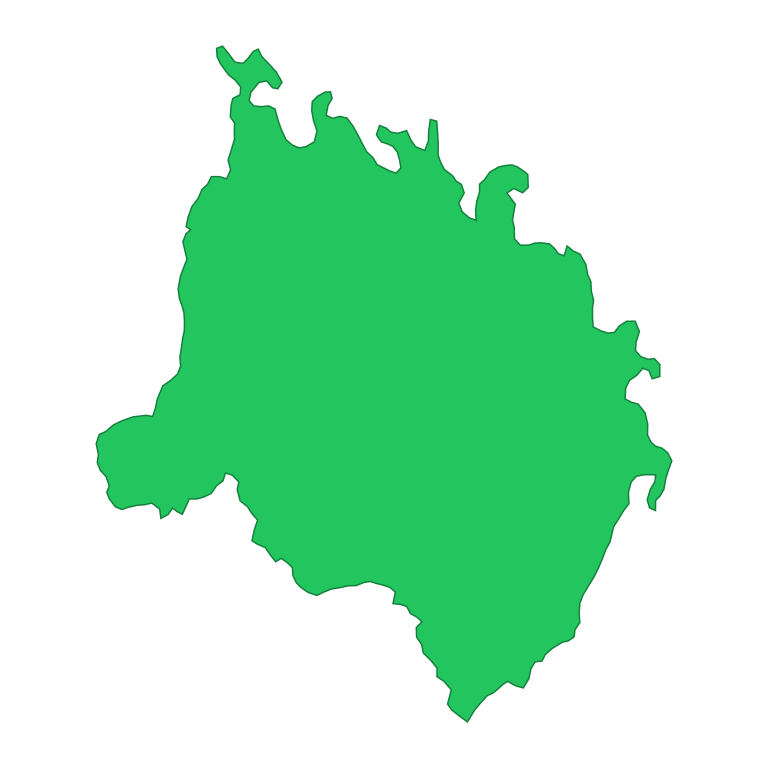 Bocaina do Sul, Santa Catarina, Brazil
{"feature_id": "56859067B6752568486207", "entity_name": "Bocaina do Sul", "entity_type": "district", "adm_level": 2, "iso_a3": "BRA", "parent_name": "Brazil", "parent_adm1": "Santa Catarina", "projection": "equal_earth", "projection_center": [-49.911, -27.76], "detail": "fine", "context": "isolated", "style": "filled", "palette": "green", "viewbox_px": 768, "rotation_deg": 0, "n_neighbors": 0, "source": "geoboundaries", "source_scale": "gbopen_adm2", "svg_char_len": 4179}
<svg xmlns="http://www.w3.org/2000/svg" viewBox="0 0 768 768"><path d="M522.6,192.7L528.2,187.5L527.8,174.4L522.9,170.6L517.5,167.0L511.9,164.9L506.7,165.4L499.1,166.8L489.8,172.1L484.6,179.6L479.6,184.1L479.5,192.0L476.7,201.6L475.6,210.7L476.1,220.3L469.2,217.8L462.2,211.8L458.8,203.2L464.2,193.0L461.4,184.4L456.2,181.1L452.4,175.6L444.5,169.6L440.7,162.5L438.1,155.0L438.2,143.1L437.5,131.4L436.7,121.2L430.3,119.5L428.7,131.0L428.4,141.0L424.8,150.5L415.5,146.7L411.0,140.3L406.6,130.6L397.8,133.3L390.9,132.2L386.2,128.1L379.6,125.5L376.4,134.8L381.3,141.9L388.0,144.1L392.8,146.3L397.3,152.0L399.6,160.1L400.9,168.0L395.9,173.2L388.9,170.6L381.9,167.0L377.1,164.6L372.9,157.6L366.6,151.7L362.9,144.8L358.4,135.9L352.8,125.8L346.9,118.0L339.8,116.4L332.7,118.3L326.2,115.3L328.0,105.5L332.1,98.5L330.5,91.8L325.1,92.1L317.6,96.2L312.3,101.6L311.7,110.5L313.6,120.9L317.0,131.0L314.3,141.8L305.9,146.7L299.1,147.9L292.3,145.1L286.0,139.6L281.6,130.3L278.2,120.7L275.0,109.0L268.6,105.9L261.4,106.7L253.5,105.9L249.1,100.4L251.0,92.1L258.9,82.5L266.7,80.9L272.5,87.7L277.8,88.8L282.0,82.1L276.2,71.9L268.7,63.7L261.9,56.7L258.2,49.1L253.2,51.5L248.2,58.2L243.2,63.3L235.0,62.2L228.4,53.4L222.5,46.1L216.6,48.4L217.1,56.6L220.3,63.4L224.1,68.9L228.6,74.9L235.3,80.2L240.7,87.0L240.1,94.7L232.8,98.5L231.1,105.2L230.3,116.9L234.6,123.1L234.3,131.0L234.5,139.2L231.4,149.6L228.1,160.1L230.6,169.9L226.6,178.8L219.5,176.6L211.4,176.6L207.5,184.4L202.0,189.4L198.2,198.3L192.0,206.4L188.2,216.9L186.1,226.7L190.7,229.7L186.2,233.5L182.9,241.7L185.0,251.0L187.0,259.1L184.3,266.0L180.6,275.7L178.1,289.1L179.5,298.9L182.2,306.3L184.0,313.4L184.5,321.9L184.3,330.9L182.6,338.8L181.5,347.1L179.9,357.1L180.6,366.1L177.6,374.0L170.8,380.3L162.8,385.8L157.4,398.9L155.3,408.6L152.6,416.5L146.0,415.3L138.9,416.2L133.4,416.8L127.8,418.7L121.7,420.9L113.2,425.1L106.0,431.4L99.3,434.4L96.2,443.7L98.4,454.6L97.3,462.8L100.4,470.4L106.1,476.6L109.3,485.9L106.8,492.3L109.4,499.0L115.5,506.9L122.0,509.5L128.6,507.2L137.1,505.3L144.4,504.7L151.8,503.1L159.7,509.1L160.9,518.4L168.1,514.5L172.5,508.0L177.3,511.7L182.3,514.3L189.3,499.0L196.4,499.0L203.6,497.1L211.2,493.5L216.7,485.5L222.9,481.1L225.4,473.0L232.4,475.2L238.8,481.9L237.2,489.7L240.1,500.9L247.5,506.6L251.5,513.1L257.6,520.0L254.2,530.3L252.0,540.8L257.6,544.3L265.3,547.6L270.4,555.1L275.7,561.7L281.3,558.4L287.2,562.6L292.4,567.7L293.0,575.6L296.3,582.7L300.6,587.2L308.1,592.4L316.8,595.4L324.0,592.0L331.4,589.0L340.8,587.5L348.2,585.8L356.2,585.6L364.0,582.4L370.2,581.5L376.3,583.4L382.7,585.0L390.0,587.5L395.3,592.0L393.0,603.6L400.7,604.4L406.8,606.6L410.5,613.7L416.8,617.0L421.9,621.8L416.3,627.5L416.6,637.1L421.6,644.4L423.3,653.0L431.2,660.8L437.0,668.1L437.0,676.7L444.0,681.3L451.3,689.9L447.6,704.0L451.7,710.0L459.0,715.7L467.4,721.9L474.4,710.4L480.6,702.9L487.2,695.7L493.4,692.8L497.7,689.2L502.9,684.5L507.6,681.3L515.7,685.8L523.3,687.9L528.9,678.7L530.9,669.0L535.0,661.8L542.0,661.1L545.2,654.7L552.1,648.5L562.5,642.1L568.2,641.0L574.1,636.8L575.0,629.7L579.8,622.7L579.2,613.7L579.8,603.2L583.2,594.6L589.1,584.9L594.1,576.7L598.5,567.9L602.5,558.4L605.7,549.8L610.0,542.0L611.7,534.8L613.6,526.7L618.7,518.8L623.9,510.2L628.9,503.8L628.4,492.8L631.2,481.9L636.3,476.3L644.1,474.7L650.2,474.7L655.6,474.7L655.0,481.6L650.5,489.0L647.2,499.8L649.6,507.9L655.5,510.5L655.6,500.5L660.0,496.1L663.9,489.3L665.9,478.1L668.4,470.2L671.8,460.9L667.6,452.7L662.0,448.2L655.3,446.1L650.9,442.0L647.5,435.1L647.7,423.9L645.0,412.7L638.2,404.1L631.3,402.2L625.1,398.9L625.7,388.1L629.6,380.3L636.8,375.3L642.8,368.3L648.9,370.5L652.2,378.8L659.8,376.5L659.8,364.5L654.3,358.6L648.1,359.3L640.9,356.7L635.5,350.7L636.1,342.1L639.4,331.6L635.2,321.2L626.5,321.3L619.2,326.1L614.3,332.5L607.9,333.1L600.3,330.6L593.1,326.8L592.5,317.8L592.5,307.5L593.6,300.3L591.3,291.0L590.8,281.6L587.7,274.6L585.8,264.4L579.9,254.0L573.2,251.0L567.1,246.0L564.2,255.8L558.3,253.6L554.5,248.4L549.4,243.9L541.0,242.8L534.6,243.1L529.4,245.0L520.6,245.3L514.5,239.0L514.2,227.4L512.5,220.0L513.9,211.7L515.3,204.2L511.4,199.0L506.9,193.0L513.7,188.5L522.6,192.7Z" fill="#22c55e" stroke="#15803d" stroke-width="1.5"/></svg>